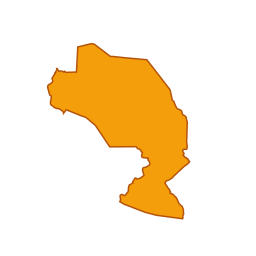 Pespire, Choluteca, Honduras, rotated 208°
{"feature_id": "27666195B26352137717049", "entity_name": "Pespire", "entity_type": "district", "adm_level": 2, "iso_a3": "HND", "parent_name": "Honduras", "parent_adm1": "Choluteca", "projection": "albers", "projection_center": [-87.341, 13.59], "detail": "fine", "context": "isolated", "style": "filled", "palette": "amber", "viewbox_px": 256, "rotation_deg": 208, "n_neighbors": 0, "source": "geoboundaries", "source_scale": "gbopen_adm2", "svg_char_len": 5372}
<svg xmlns="http://www.w3.org/2000/svg" viewBox="0 0 256 256"><g transform="rotate(208 128 128)"><path d="M197.0,186.2L199.8,185.4L210.4,176.0L199.8,153.2L209.1,147.9L209.5,148.1L210.1,148.3L210.4,148.3L210.7,148.3L210.8,148.2L210.8,147.8L210.8,147.5L210.8,147.4L211.1,147.2L211.3,147.2L212.6,147.3L213.0,147.2L213.8,146.9L214.5,146.5L214.7,146.3L215.0,145.9L215.3,145.7L215.5,145.7L216.9,146.2L217.1,146.3L217.6,146.8L218.1,147.1L218.3,147.2L218.5,147.1L218.8,147.0L218.6,146.8L218.4,146.6L218.2,146.4L218.1,146.2L218.2,144.4L218.3,143.9L218.3,143.7L218.2,143.5L218.1,143.4L217.9,143.1L218.0,142.8L218.2,142.7L218.4,142.6L218.4,142.3L218.4,142.2L218.2,141.9L217.9,141.7L217.9,141.3L218.1,140.9L218.2,140.6L218.2,140.2L218.2,139.8L218.3,138.8L218.2,138.4L218.2,138.2L218.3,137.2L218.4,136.7L218.4,136.3L218.3,136.2L218.2,135.9L217.0,134.9L216.6,134.4L216.5,134.2L216.5,133.8L216.4,133.4L216.4,133.0L216.4,132.5L216.5,132.3L217.3,130.7L218.0,129.6L218.3,129.1L218.4,128.8L218.6,128.3L218.6,128.0L218.6,127.6L218.5,127.3L218.3,126.8L218.1,126.4L217.1,125.1L215.9,123.9L215.1,122.9L213.2,121.0L212.8,120.7L212.5,120.4L212.2,120.4L211.2,120.3L210.9,120.2L210.7,120.0L210.5,119.6L210.1,118.7L209.7,118.1L209.5,117.4L209.3,116.5L209.0,115.8L208.7,114.8L208.4,113.9L208.1,113.5L207.8,113.1L207.6,112.8L207.4,112.6L207.2,112.5L206.8,112.4L204.1,111.8L203.3,111.6L202.2,111.6L201.1,111.6L200.1,111.7L199.7,111.9L199.4,112.1L198.5,112.5L198.1,112.6L197.7,112.7L196.7,112.6L196.0,112.5L195.6,112.4L194.8,112.4L194.3,112.3L193.3,112.0L192.9,111.8L192.5,111.5L192.1,111.1L191.8,110.7L191.1,115.1L175.3,116.8L170.0,117.6L158.0,115.0L135.3,102.8L112.1,115.3L111.8,115.2L111.4,115.1L110.4,114.5L110.1,114.4L109.9,114.4L109.6,114.3L109.2,114.4L108.4,114.6L107.9,114.6L107.2,114.5L106.5,114.4L106.0,114.2L105.6,113.6L105.1,113.3L104.9,113.2L104.5,113.2L104.2,113.3L103.9,113.2L103.7,113.0L103.5,112.6L103.4,111.8L103.2,110.6L103.0,109.8L102.8,109.5L102.5,109.2L102.2,109.0L101.8,108.9L101.6,108.8L101.3,108.8L101.0,108.9L100.6,109.0L100.2,109.2L99.8,109.4L99.6,109.5L99.1,109.6L98.7,109.7L98.2,109.9L97.9,110.0L96.9,110.6L96.4,110.7L96.1,110.9L95.9,110.8L95.9,110.7L95.8,109.9L95.6,109.5L95.5,109.2L95.4,109.1L95.2,109.1L93.8,108.6L92.9,107.8L92.5,107.5L92.1,106.9L91.9,106.5L91.8,106.1L91.7,105.6L91.7,105.4L93.1,102.8L93.4,102.3L93.8,101.9L94.9,100.9L95.4,100.5L95.8,100.2L95.9,99.9L95.8,98.7L95.7,98.2L95.4,97.6L95.1,97.3L94.5,96.8L94.1,96.1L93.7,95.7L93.0,95.1L92.0,94.1L91.9,94.0L91.8,93.7L91.7,93.5L91.7,93.4L92.0,92.8L92.5,92.0L92.8,91.1L93.1,90.5L93.4,89.9L93.7,89.4L94.1,89.0L94.7,88.4L95.2,88.0L95.5,87.6L95.9,87.4L96.2,87.3L96.5,87.3L97.7,87.5L97.9,87.4L98.0,87.3L98.2,87.2L98.3,87.0L98.4,85.4L98.4,84.5L98.6,83.8L98.6,83.0L98.6,82.6L98.5,82.3L98.2,82.0L98.0,81.8L98.0,81.7L97.9,81.6L98.2,81.2L99.6,79.0L100.1,78.3L100.1,78.1L100.0,77.4L99.8,76.3L99.6,75.7L99.4,75.1L98.7,73.8L98.3,73.0L98.2,72.5L98.1,72.0L98.0,71.7L98.1,71.3L98.2,70.9L98.5,69.5L98.8,67.7L99.0,67.0L99.1,66.9L99.3,66.7L99.6,66.6L100.1,66.6L100.6,66.6L101.4,66.6L102.0,66.6L102.3,66.4L102.7,65.9L103.1,65.5L103.2,65.3L103.2,65.0L103.1,64.5L102.9,63.9L102.2,62.9L101.8,62.4L101.4,62.2L100.8,60.8L100.6,60.0L100.7,59.1L95.6,58.9L73.4,61.6L61.9,64.3L37.2,73.5L37.3,74.6L37.6,74.9L37.8,75.1L38.0,75.5L38.2,75.8L38.4,76.6L38.5,78.2L38.6,78.4L38.7,78.6L39.8,80.1L40.2,80.8L40.5,81.5L40.8,81.9L41.0,82.2L41.4,82.4L41.7,82.8L41.8,82.9L43.4,84.2L43.9,84.3L46.6,84.9L47.1,85.1L47.5,85.3L48.5,86.0L51.0,88.0L51.7,88.5L52.3,88.9L52.8,89.2L53.6,89.4L54.3,89.6L56.6,90.4L57.1,90.5L57.7,90.5L58.4,90.5L59.4,90.3L59.9,90.1L60.2,90.1L60.3,91.0L60.4,91.4L60.6,91.5L61.4,91.9L61.5,92.3L61.8,92.6L62.4,92.9L63.1,93.3L64.0,93.6L64.8,94.0L65.6,94.5L68.3,96.0L69.2,96.7L69.4,96.9L69.5,97.0L69.6,97.6L69.3,98.9L69.2,99.4L69.1,99.6L67.9,100.7L67.5,101.3L67.3,101.6L67.1,102.0L66.9,102.2L66.7,102.5L66.3,103.4L65.6,104.6L65.4,105.2L65.2,106.2L65.0,107.0L64.8,107.6L64.7,108.1L64.0,109.8L63.3,112.2L63.0,113.0L62.0,115.8L61.6,116.9L60.8,119.3L60.2,120.7L59.1,122.9L58.8,123.7L58.4,124.4L58.0,126.4L57.8,126.9L57.8,127.1L57.9,127.4L58.1,127.5L58.5,127.4L58.9,127.5L59.1,127.7L59.3,127.9L59.4,128.0L59.8,128.2L60.3,128.3L60.8,128.8L61.5,128.7L62.5,129.1L62.9,129.1L63.1,129.0L63.4,128.9L63.8,128.8L64.0,128.8L64.3,128.9L64.6,129.3L65.5,129.5L66.1,129.5L66.3,129.6L66.5,129.7L66.5,129.9L66.5,130.1L66.4,130.4L66.4,130.6L66.5,130.9L66.6,131.3L66.6,131.6L66.7,131.9L66.8,131.9L67.7,132.5L68.5,132.9L68.8,133.2L69.0,133.4L69.1,133.6L69.1,133.9L69.0,135.0L68.9,135.3L68.7,135.5L67.7,135.9L66.7,136.5L66.4,136.7L66.3,137.0L66.2,137.2L66.3,137.5L66.5,138.1L67.2,139.6L67.6,140.3L68.0,140.8L69.0,142.3L69.4,142.7L69.7,143.1L70.8,145.5L71.2,146.3L71.5,147.0L71.9,147.9L74.2,152.3L74.9,153.9L75.6,155.2L76.0,156.2L76.4,156.9L77.0,157.9L77.4,159.0L77.7,159.7L78.0,160.3L78.6,161.2L80.0,162.6L81.2,164.0L81.3,164.2L81.4,164.5L81.5,164.7L82.6,165.2L82.9,165.3L83.3,165.4L85.1,165.4L85.7,165.5L86.2,165.6L86.3,165.7L86.6,166.0L87.3,166.7L88.5,168.1L88.8,168.3L89.2,168.4L89.8,168.5L90.8,168.5L91.4,168.5L91.7,168.4L92.4,168.2L92.8,168.1L93.0,168.1L93.6,168.2L94.3,168.5L94.8,168.8L95.6,169.3L96.8,170.2L98.7,171.8L99.2,172.4L99.5,172.7L99.8,172.9L101.9,173.4L102.2,173.6L102.4,173.7L102.6,174.0L102.7,174.3L108.8,181.5L124.9,188.8L143.4,197.1L163.2,188.8L175.3,183.9L177.2,182.9L197.0,186.2Z" fill="#f59e0b" stroke="#b45309" stroke-width="1.5"/></g></svg>